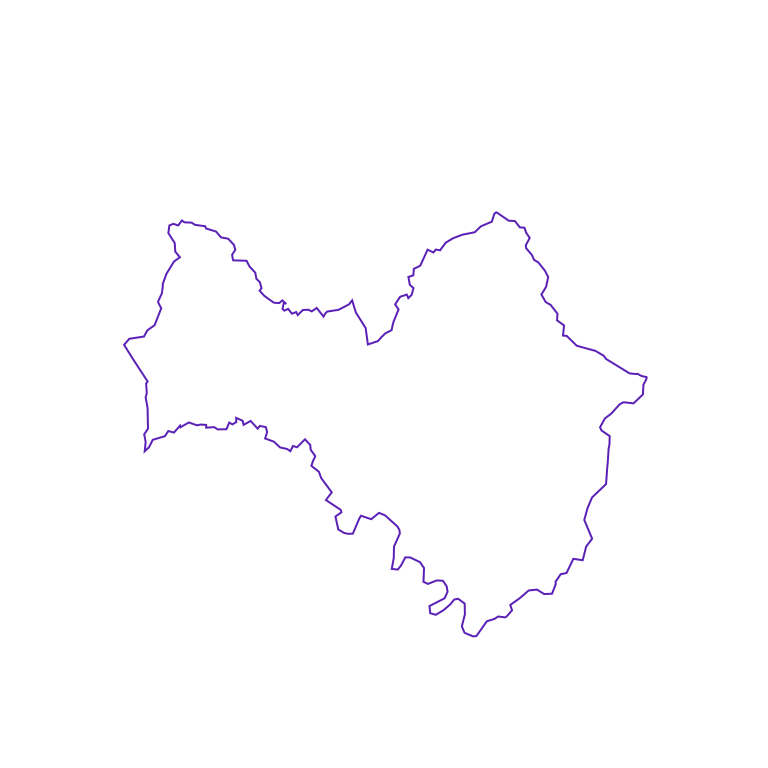 the district of Cayey, Puerto Rico, rotated 222°
{"feature_id": "32010507B18263027351843", "entity_name": "Cayey", "entity_type": "district", "adm_level": 2, "iso_a3": "PRI", "parent_name": "Puerto Rico", "parent_adm1": "", "projection": "albers", "projection_center": [-66.141, 18.103], "detail": "fine", "context": "isolated", "style": "outline", "palette": "violet", "viewbox_px": 768, "rotation_deg": 222, "n_neighbors": 0, "source": "geoboundaries", "source_scale": "gbopen_adm2", "svg_char_len": 3430}
<svg xmlns="http://www.w3.org/2000/svg" viewBox="0 0 768 768"><g transform="rotate(222 384 384)"><path d="M516.8,173.9L516.3,179.7L518.5,187.8L511.9,198.6L512.8,204.7L507.6,207.4L507.7,216.6L506.3,215.7L503.3,224.8L495.3,228.2L493.2,231.1L488.8,234.6L486.9,232.6L481.2,238.4L477.3,238.9L470.8,245.0L473.2,251.8L469.6,252.6L468.3,256.9L471.2,259.9L464.4,262.1L461.0,259.7L458.4,267.3L448.0,266.3L448.2,269.8L447.3,270.3L443.0,272.9L438.7,270.1L435.9,264.0L427.1,267.5L418.8,267.3L412.5,270.9L408.6,271.4L410.2,277.0L406.3,278.8L405.7,290.0L397.9,289.3L394.6,286.1L386.8,284.4L385.1,278.9L383.2,274.6L373.6,275.2L367.8,272.1L350.3,268.5L349.5,258.9L331.9,261.5L329.8,260.2L331.4,253.0L320.6,245.3L314.1,246.6L310.6,248.5L307.0,251.9L312.4,267.7L312.9,270.7L303.0,275.0L301.5,284.9L295.2,287.1L294.6,287.1L278.5,287.1L274.8,285.8L272.1,283.4L267.8,269.9L260.3,261.2L254.5,251.8L249.6,255.3L249.9,260.7L252.2,269.4L248.5,272.6L238.1,275.7L231.1,274.0L222.3,263.4L217.5,264.9L213.7,272.7L212.6,274.0L208.4,277.2L202.1,275.6L197.7,272.1L195.6,265.3L201.6,249.4L196.3,244.6L191.1,247.1L188.4,255.8L187.3,264.6L187.6,270.8L185.2,274.0L177.1,274.8L169.7,266.9L164.0,256.0L157.9,253.1L157.3,253.1L148.8,256.1L146.7,258.6L148.8,276.5L144.7,283.4L143.6,287.6L137.7,291.7L137.3,293.8L137.4,301.5L142.3,304.3L139.8,315.7L138.3,327.4L132.7,333.6L124.4,335.1L118.8,340.6L122.5,350.3L124.2,351.8L125.4,360.9L121.9,365.7L126.3,380.8L118.4,386.0L125.0,398.5L125.8,408.3L144.2,417.0L149.6,427.7L153.5,438.9L152.0,458.2L163.6,473.1L164.5,474.5L173.9,486.4L176.0,489.9L181.4,496.3L191.2,495.0L194.5,496.4L196.8,506.2L195.3,514.0L195.3,526.8L193.7,530.8L185.6,536.6L184.6,549.5L190.8,557.1L191.7,561.1L192.7,564.0L193.6,564.8L196.7,562.9L198.9,562.0L202.5,561.2L203.2,560.3L203.4,560.0L208.6,556.2L235.6,551.2L239.7,552.0L249.0,550.1L266.3,541.4L280.4,542.0L283.4,539.8L289.4,548.0L298.0,547.1L302.1,552.3L313.1,554.3L318.6,553.1L326.9,555.8L328.6,564.8L333.6,573.4L340.3,575.9L350.6,577.6L355.7,576.7L360.2,578.8L369.1,580.0L371.4,581.8L373.4,590.0L379.6,591.6L384.2,594.1L387.9,591.3L395.7,592.7L400.6,588.8L415.1,586.9L415.8,585.9L415.8,584.1L412.5,576.8L417.5,566.0L418.1,557.5L425.8,547.2L430.3,538.3L432.7,530.4L431.8,520.9L435.5,518.5L435.3,514.8L441.5,513.0L436.2,496.2L438.9,489.5L434.9,484.4L437.5,479.9L431.2,475.0L426.2,475.0L423.1,468.7L423.4,464.1L426.9,465.7L430.4,459.6L429.0,450.6L423.1,449.2L418.7,437.0L417.4,434.3L414.4,429.1L416.9,422.6L417.3,416.9L417.2,411.9L422.4,402.6L435.1,413.3L452.7,418.3L463.6,424.8L463.3,419.7L467.5,408.6L474.7,399.8L474.8,396.9L474.0,393.6L484.9,395.5L486.3,389.6L489.9,388.6L493.8,384.7L494.2,377.5L497.4,378.7L499.5,374.6L505.5,375.7L507.2,371.8L509.7,371.9L513.0,377.8L510.1,378.1L515.5,378.1L516.0,374.0L520.3,370.7L531.9,369.4L538.9,370.1L539.1,373.2L544.4,376.6L549.2,376.8L554.2,380.6L562.5,381.3L568.6,383.6L578.8,375.0L580.8,376.3L583.4,378.5L584.3,384.3L588.7,387.0L597.0,387.7L603.2,383.9L610.9,384.9L620.3,380.5L622.4,381.6L631.0,375.8L634.9,375.2L640.5,370.6L643.6,370.3L643.0,364.1L647.7,362.1L649.6,358.2L645.3,351.9L633.8,348.7L627.7,342.7L620.5,341.6L622.0,334.4L619.4,320.3L615.3,310.2L614.3,309.3L609.7,302.7L607.1,294.1L605.9,293.3L600.2,291.2L593.8,274.2L595.8,265.5L594.1,258.7L603.5,247.2L603.4,239.2L588.5,234.9L561.3,227.7L561.1,225.2L554.2,218.5L552.2,214.6L543.8,208.1L529.5,192.9L528.5,186.1L522.4,181.5L516.8,173.9Z" fill="none" stroke="#5b21b6" stroke-width="2"/></g></svg>